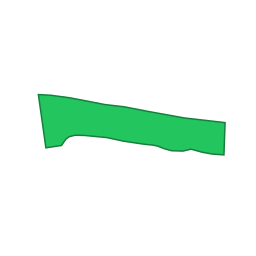 Vao, Tuvalu, rotated 134°
{"feature_id": "33948139B47278370345205", "entity_name": "Vao", "entity_type": "district", "adm_level": 2, "iso_a3": "TUV", "parent_name": "Tuvalu", "parent_adm1": "", "projection": "natural_earth1", "projection_center": [176.121, -5.68], "detail": "fine", "context": "isolated", "style": "filled", "palette": "green", "viewbox_px": 256, "rotation_deg": 134, "n_neighbors": 0, "source": "geoboundaries", "source_scale": "gbopen_adm2", "svg_char_len": 486}
<svg xmlns="http://www.w3.org/2000/svg" viewBox="0 0 256 256"><g transform="rotate(134 128 128)"><path d="M56.7,61.9L69.4,78.5L81.9,94.8L102.0,124.9L115.4,145.5L127.1,160.8L146.6,190.7L158.0,206.2L166.2,215.7L199.3,173.3L186.8,163.7L179.3,164.9L175.2,164.3L170.0,161.1L163.5,154.0L149.7,136.7L140.2,121.5L128.9,105.7L123.1,98.3L120.6,94.4L117.5,87.1L114.1,80.9L106.5,72.5L99.4,67.9L93.9,57.8L88.3,49.4L80.7,40.3L56.7,61.9Z" fill="#22c55e" stroke="#15803d" stroke-width="1.5"/></g></svg>